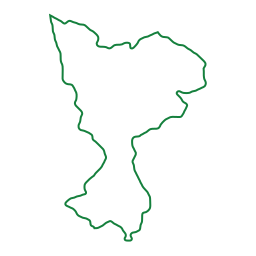 Bohechio, San Juan, Dominican Republic (orthographic projection)
{"feature_id": "3306468B96171292047706", "entity_name": "Bohechio", "entity_type": "district", "adm_level": 2, "iso_a3": "DOM", "parent_name": "Dominican Republic", "parent_adm1": "San Juan", "projection": "orthographic", "projection_center": [-71.007, 18.905], "detail": "fine", "context": "isolated", "style": "outline", "palette": "green", "viewbox_px": 256, "rotation_deg": 0, "n_neighbors": 0, "source": "geoboundaries", "source_scale": "gbopen_adm2", "svg_char_len": 5704}
<svg xmlns="http://www.w3.org/2000/svg" viewBox="0 0 256 256"><path d="M203.6,68.5L204.2,67.4L205.1,65.9L205.4,65.2L205.5,64.1L205.4,63.3L205.2,62.9L204.5,61.8L203.6,60.8L198.5,55.9L196.8,54.3L195.7,53.6L193.7,52.6L190.5,50.0L189.7,49.6L187.7,48.5L185.2,46.5L184.1,45.8L182.8,45.3L179.0,44.9L177.7,44.5L173.7,42.5L172.6,41.6L169.4,38.6L168.3,37.7L167.8,37.5L166.9,37.3L163.1,36.9L162.2,36.6L161.8,36.4L160.7,35.7L159.8,34.7L158.9,33.7L157.8,32.2L156.5,32.7L154.3,33.4L152.0,34.6L150.3,35.3L147.9,36.5L144.3,37.3L140.4,39.2L139.7,39.8L138.8,40.7L137.6,43.1L136.7,44.3L135.8,45.4L133.8,47.5L133.1,48.0L132.3,48.4L131.5,48.4L131.1,48.3L130.7,48.1L130.5,47.7L130.3,47.0L130.1,44.6L129.9,43.8L129.7,43.5L129.3,43.2L128.5,42.9L127.2,42.7L125.8,42.8L124.9,43.0L124.0,43.3L122.1,44.3L121.2,44.5L119.8,44.7L116.4,44.8L115.0,45.1L114.5,45.2L113.7,45.7L111.5,47.5L110.7,48.0L109.8,48.3L108.9,48.3L108.1,48.1L106.2,47.2L105.3,47.0L103.9,46.8L100.5,46.7L99.1,46.5L98.2,46.1L97.6,45.6L97.0,44.9L96.9,44.4L96.7,43.5L96.9,42.7L98.0,40.5L98.3,39.1L98.3,38.2L98.2,37.3L98.1,36.8L97.6,35.9L97.1,35.2L96.1,34.1L93.9,32.1L92.7,31.2L90.7,30.2L89.9,29.7L88.8,28.7L86.3,26.4L85.6,25.8L84.8,25.2L84.3,25.0L83.4,24.7L80.1,24.4L79.2,24.2L78.3,23.9L76.4,23.0L73.2,22.1L70.9,21.1L70.1,20.9L69.2,20.9L68.3,21.2L67.6,21.7L66.2,22.8L65.5,23.3L64.7,23.5L64.2,23.5L63.8,23.3L63.1,22.9L61.3,21.4L60.5,20.9L58.8,20.1L56.6,18.8L54.5,17.8L52.6,16.6L50.2,15.4L51.0,21.3L51.2,22.2L52.1,24.1L52.4,25.0L52.6,26.5L52.8,29.7L52.9,31.2L53.2,32.2L54.1,34.1L54.4,35.0L54.5,35.9L54.8,38.8L55.0,39.7L55.3,40.6L56.2,42.5L57.1,46.2L58.3,48.5L59.1,50.2L60.1,52.1L60.5,53.5L60.6,55.0L60.7,59.7L60.9,61.2L61.3,62.6L62.2,64.5L62.4,65.5L62.6,66.5L62.7,69.7L62.6,77.1L62.6,78.7L62.8,79.7L63.2,80.6L63.8,81.4L64.4,82.2L65.5,83.2L66.4,83.7L67.3,84.0L68.2,84.2L70.4,84.4L71.7,84.8L72.0,85.0L72.6,85.6L73.9,87.7L74.3,88.4L75.0,90.1L76.2,92.5L76.4,93.5L76.6,94.5L76.6,96.6L76.4,98.7L76.1,100.1L75.3,101.6L75.0,102.4L74.9,103.3L75.1,104.2L75.5,105.1L76.0,105.8L77.1,106.9L80.7,110.5L81.6,111.6L82.0,112.5L82.2,113.4L82.1,114.3L80.9,117.0L80.7,117.9L80.3,120.7L80.1,121.7L79.8,122.5L78.9,124.4L78.6,125.3L78.6,126.7L78.7,127.7L78.9,128.1L79.1,128.5L79.6,129.2L80.7,130.0L81.6,130.2L83.8,130.7L84.7,131.0L86.7,131.9L88.8,132.8L91.5,134.6L91.8,134.9L92.2,135.7L92.4,136.5L92.6,138.6L92.9,139.4L93.1,139.7L93.7,140.3L95.5,141.6L98.1,144.1L101.8,147.8L102.9,148.9L103.5,149.7L104.1,151.0L104.8,153.8L105.9,156.5L106.0,157.4L106.0,157.8L105.8,158.7L104.8,160.6L104.1,162.3L102.8,164.5L102.0,166.2L101.5,167.0L100.2,168.6L95.9,172.9L95.0,174.0L93.9,175.7L91.8,177.2L89.5,179.1L86.3,182.3L85.6,183.1L85.1,183.9L84.8,184.4L84.6,185.3L84.5,186.3L84.5,187.7L84.6,188.7L84.8,189.6L86.0,192.1L86.0,192.9L85.9,193.3L85.7,193.6L85.1,194.1L82.7,194.7L80.4,195.7L77.1,196.4L76.3,196.7L74.3,197.6L71.1,198.3L70.3,198.7L68.7,199.8L66.9,201.4L65.7,202.7L65.4,203.5L65.4,204.0L65.4,204.4L65.8,205.1L66.4,205.6L67.1,206.0L68.7,206.7L70.7,207.7L72.4,208.4L73.2,208.9L74.0,209.6L75.0,210.6L75.6,211.4L76.1,212.2L76.7,213.5L77.1,214.2L77.7,214.9L78.3,215.5L79.1,216.0L82.7,217.7L83.6,217.9L85.9,218.4L86.7,218.7L88.9,219.9L89.6,220.4L89.8,220.7L90.2,221.5L90.6,224.4L90.9,225.2L91.4,225.7L92.1,226.1L93.1,226.5L93.7,226.9L94.1,227.5L94.4,228.2L96.8,228.1L97.8,227.9L98.6,227.6L102.6,225.6L105.7,223.1L106.5,222.6L109.6,221.2L110.3,221.1L110.8,221.2L111.2,221.4L111.9,221.8L113.7,223.3L114.5,223.8L116.2,224.6L118.1,225.7L120.1,226.7L120.8,227.2L121.4,227.8L122.0,228.5L123.0,230.5L125.1,233.2L125.6,234.1L125.7,234.5L125.8,234.9L125.8,235.8L125.6,236.6L124.7,238.2L124.7,239.0L124.8,239.4L125.0,239.8L125.3,240.1L125.7,240.3L126.5,240.5L127.8,240.6L129.2,240.6L130.5,240.5L131.2,240.1L131.5,239.8L131.7,239.4L131.8,239.0L131.8,238.3L130.8,236.3L130.6,235.5L130.7,234.6L130.9,234.2L131.1,233.8L131.7,233.2L132.5,232.7L132.9,232.6L135.6,232.1L136.4,231.8L139.0,230.4L139.6,229.9L139.8,229.5L140.1,228.7L140.6,225.1L140.9,224.3L141.8,222.3L142.0,221.3L142.1,219.8L142.2,215.2L142.4,213.9L142.9,213.1L143.2,212.9L143.9,212.6L146.0,212.1L146.8,211.6L147.6,211.1L148.7,210.0L149.3,209.3L149.8,208.4L150.0,207.9L150.2,206.9L150.3,205.4L150.2,201.3L150.1,198.7L150.0,197.7L149.8,196.7L149.4,195.9L148.6,194.4L147.8,192.7L147.3,191.9L146.7,191.2L143.7,187.9L142.6,186.4L141.8,184.7L140.5,182.4L139.8,180.7L138.6,178.4L137.8,176.7L136.6,174.4L135.8,172.7L134.8,170.8L134.5,169.9L134.3,169.0L133.9,165.7L133.7,164.8L132.7,162.5L132.6,162.0L132.6,161.1L132.7,160.7L133.1,159.9L135.6,154.9L135.8,154.1L135.8,153.1L135.8,152.7L135.4,151.9L134.6,150.4L133.9,148.8L132.8,146.8L132.4,145.5L132.2,144.1L132.1,142.1L132.1,140.6L132.4,139.2L132.6,138.8L133.1,138.0L133.7,137.4L134.5,137.0L135.4,136.7L138.5,136.4L139.6,136.1L141.0,134.9L142.5,134.2L144.3,133.1L146.4,132.1L149.1,129.9L150.3,129.2L151.2,129.0L152.2,128.8L156.5,128.7L157.4,128.5L158.3,128.2L159.0,127.6L159.5,127.0L160.0,126.2L160.7,124.6L161.6,123.5L162.5,122.4L163.9,121.0L165.0,120.0L165.8,119.4L169.8,117.4L170.7,117.1L172.1,116.9L174.2,116.9L178.3,117.0L179.8,117.0L180.7,116.8L181.1,116.6L181.7,116.1L183.5,113.3L184.4,111.2L185.7,108.9L186.9,106.2L187.1,105.5L187.1,105.1L186.8,104.4L186.3,103.8L185.7,103.3L183.9,102.3L182.9,101.5L182.4,100.8L181.5,99.2L181.0,98.4L180.1,97.3L177.4,94.6L176.9,93.9L176.8,93.5L176.7,93.1L176.8,92.7L177.0,92.3L177.2,92.0L177.8,91.5L178.2,91.3L179.1,91.2L179.9,91.4L182.1,92.5L183.5,92.9L184.9,93.0L186.4,93.1L187.9,93.0L188.8,92.9L189.8,92.7L191.7,91.7L192.5,91.4L195.7,90.7L198.0,89.5L199.7,88.8L201.7,87.8L203.3,87.1L204.4,86.4L205.0,85.8L205.4,85.0L205.7,84.1L205.8,83.2L205.7,82.2L205.4,81.3L204.3,79.0L204.0,77.5L203.8,75.5L203.8,71.3L203.6,68.5Z" fill="none" stroke="#15803d" stroke-width="2"/></svg>